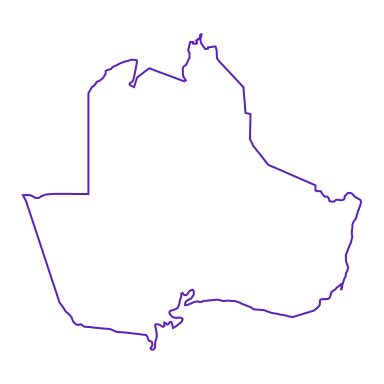 Santa María Xadani, Oaxaca, Mexico
{"feature_id": "50627088B75217483521688", "entity_name": "Santa María Xadani", "entity_type": "district", "adm_level": 2, "iso_a3": "MEX", "parent_name": "Mexico", "parent_adm1": "Oaxaca", "projection": "natural_earth1", "projection_center": [-95.02, 16.369], "detail": "fine", "context": "isolated", "style": "outline", "palette": "violet", "viewbox_px": 384, "rotation_deg": 0, "n_neighbors": 0, "source": "geoboundaries", "source_scale": "gbopen_adm2", "svg_char_len": 5441}
<svg xmlns="http://www.w3.org/2000/svg" viewBox="0 0 384 384"><path d="M62.6,306.7L65.7,311.4L67.2,312.7L68.5,313.8L70.3,315.8L71.5,317.3L73.1,321.5L74.5,322.9L75.9,324.3L78.5,325.0L79.7,324.4L81.1,324.4L84.1,326.6L86.8,326.9L90.3,327.1L94.0,327.6L97.9,328.0L101.2,328.3L104.5,328.6L107.5,328.8L110.4,329.2L110.9,329.4L113.8,330.7L117.2,332.0L120.7,332.2L126.9,332.7L146.2,335.0L147.3,336.7L147.9,338.3L148.4,339.7L149.2,341.0L150.5,341.2L151.8,341.8L152.1,343.2L152.4,344.6L152.0,346.1L151.2,347.2L150.5,348.7L151.8,349.7L153.2,349.7L154.3,348.7L155.0,347.2L155.1,345.5L155.1,343.8L155.2,342.2L155.7,340.5L156.2,339.0L156.6,337.4L156.8,336.9L156.7,333.9L156.2,330.6L155.7,327.8L155.1,326.4L155.4,324.4L157.5,324.2L158.8,324.6L160.2,325.2L162.9,326.9L164.3,326.1L164.2,324.6L164.3,322.6L165.6,323.1L166.6,324.3L167.7,324.7L168.7,323.6L170.1,321.9L171.4,322.2L172.0,323.5L173.1,328.0L174.9,326.9L176.9,325.7L178.8,324.0L181.0,322.4L182.1,321.0L182.5,318.7L180.4,317.6L178.5,317.6L176.5,318.0L174.5,317.6L172.8,317.2L171.5,316.0L169.5,313.5L169.5,312.0L170.4,310.8L171.7,310.5L173.6,309.8L175.8,309.1L177.7,307.9L178.2,306.8L179.0,304.7L179.5,303.0L179.7,301.3L180.5,298.3L181.2,296.6L181.3,294.9L181.3,293.5L182.5,292.9L183.7,294.5L184.8,295.1L186.5,295.1L187.4,294.0L189.2,291.5L191.0,290.1L192.9,289.8L193.8,291.6L193.9,294.4L192.5,296.6L191.1,298.6L188.8,299.5L187.0,300.7L186.0,301.4L185.3,302.9L185.1,305.1L186.9,305.1L188.5,304.5L191.2,303.4L193.8,302.2L197.4,301.3L200.0,302.1L202.2,301.8L203.6,300.8L206.2,300.8L208.5,300.5L213.8,300.0L216.7,299.7L219.6,300.0L222.1,301.0L225.6,300.9L228.7,300.5L230.7,300.9L235.2,301.1L238.9,302.3L242.2,303.9L244.7,304.9L247.7,306.1L250.6,307.1L252.0,308.1L253.6,309.4L254.0,309.3L264.2,310.2L266.9,311.2L267.7,311.5L269.4,312.1L271.3,312.8L274.3,313.4L278.1,313.9L279.8,314.6L282.2,314.8L283.7,315.1L287.0,315.8L288.4,316.4L292.9,317.0L313.8,310.6L315.6,309.3L318.4,306.8L319.4,305.5L319.8,304.5L319.9,302.5L320.0,300.5L320.5,299.5L323.4,299.1L325.6,299.1L328.1,298.9L329.0,298.4L330.1,297.0L330.6,295.3L331.3,292.3L334.1,290.2L335.5,289.3L336.7,287.6L338.7,286.2L340.9,284.2L341.4,285.5L341.5,286.7L341.1,289.2L341.5,289.3L341.7,288.9L342.0,287.4L342.3,285.3L342.9,283.4L343.5,281.4L344.2,278.9L345.7,276.2L345.9,273.4L347.1,271.2L347.8,269.1L348.2,267.5L347.4,265.2L346.5,262.9L346.0,260.9L345.9,258.4L345.9,254.7L347.6,250.7L349.2,246.3L351.0,242.3L351.7,239.2L352.3,236.7L351.8,233.8L351.9,230.7L352.4,227.4L352.4,224.7L353.8,221.2L355.3,219.4L356.4,217.2L356.7,215.1L357.4,213.7L357.8,212.3L358.1,210.6L359.0,209.0L359.3,207.6L360.0,206.3L360.4,204.6L361.0,202.6L360.6,200.1L359.1,199.2L356.5,197.7L354.8,196.7L354.1,196.1L353.6,195.4L352.1,193.7L350.8,193.1L348.9,192.9L348.1,192.9L347.1,193.7L346.0,195.0L344.7,196.2L344.6,197.9L343.9,199.5L342.6,199.9L341.4,200.4L340.0,200.1L338.6,199.8L336.0,199.9L335.3,200.4L334.3,201.5L332.1,201.7L329.5,201.1L329.1,199.4L328.4,197.8L327.4,196.7L326.4,196.7L324.6,196.6L323.6,195.4L322.3,193.8L321.3,192.2L320.8,191.2L319.4,191.3L317.9,191.0L316.6,191.2L315.4,190.3L315.5,188.7L315.5,187.4L315.4,185.4L313.8,184.6L307.8,182.0L291.9,175.1L274.2,167.4L268.3,164.9L265.0,160.7L254.0,146.8L253.7,146.6L253.1,145.5L252.5,144.2L251.8,142.7L250.7,140.6L250.0,139.0L250.5,114.1L245.5,112.9L244.4,98.5L244.1,96.2L243.9,93.3L243.8,91.5L243.5,88.1L243.7,87.4L243.1,86.9L235.6,78.8L231.0,73.9L226.6,69.2L219.5,61.6L216.9,58.1L216.8,54.0L216.7,51.5L216.7,50.9L216.4,49.7L216.0,47.9L215.5,46.4L215.4,46.4L211.6,46.9L211.4,47.0L211.0,47.0L210.2,47.1L208.7,47.3L208.0,47.4L208.0,48.0L208.0,48.5L205.4,49.1L203.4,46.5L201.9,44.4L201.0,42.6L200.7,41.4L200.5,40.0L200.5,38.6L201.3,35.6L201.6,34.3L201.1,34.3L200.8,34.4L200.3,34.7L200.0,35.8L199.8,36.8L199.7,37.7L199.6,38.9L198.0,39.0L198.0,39.3L197.9,39.5L197.7,39.7L197.7,39.8L196.5,40.3L196.3,40.4L196.4,40.5L196.5,40.9L196.7,41.4L196.8,41.9L196.9,42.4L196.9,42.8L196.9,43.3L196.4,43.3L196.3,43.7L194.2,43.6L192.9,43.5L193.2,42.1L191.8,42.0L191.2,41.9L190.4,41.9L190.4,42.0L190.2,42.6L189.7,43.8L189.3,45.6L188.8,47.7L188.4,49.2L188.3,50.4L188.3,50.6L188.3,50.8L188.5,51.1L188.6,51.3L188.8,51.7L189.0,52.1L189.1,52.3L189.3,52.8L189.5,53.5L189.5,54.3L189.5,55.3L189.6,56.0L189.5,56.9L189.5,57.7L189.4,58.2L188.6,59.5L187.7,61.4L187.1,62.9L186.6,63.9L186.2,64.6L185.9,65.0L185.5,65.3L184.9,65.7L184.3,66.0L183.8,66.6L183.1,67.4L182.8,68.3L182.8,68.5L182.8,70.1L182.9,72.1L182.9,75.2L183.5,76.8L184.6,78.7L185.8,80.4L184.1,81.3L175.4,78.0L159.1,72.0L149.4,68.3L147.9,69.3L145.8,70.8L143.9,72.3L142.4,73.5L141.3,74.3L140.2,75.1L139.0,76.0L137.4,77.2L136.7,78.6L136.1,80.7L135.5,82.4L134.8,84.8L134.4,86.0L134.1,87.1L130.5,85.4L129.5,84.4L130.0,83.0L131.8,82.0L132.9,80.9L133.5,79.1L134.3,76.0L134.5,74.6L135.1,71.5L135.6,69.9L135.9,67.7L137.0,61.8L136.7,60.2L135.4,59.9L133.9,59.9L131.7,59.7L129.6,60.3L127.4,61.1L126.3,61.2L125.2,61.5L122.7,62.3L121.3,62.8L119.6,63.6L117.9,64.6L115.4,65.8L114.1,66.3L112.6,67.0L111.8,68.0L110.9,69.0L109.1,69.5L107.7,69.9L105.8,70.8L105.5,74.1L104.2,76.1L102.8,78.1L101.4,79.4L99.4,80.8L96.7,81.9L95.5,83.9L93.9,85.8L91.7,87.4L90.8,89.1L89.3,91.7L88.4,93.4L88.4,194.0L79.2,194.0L74.1,194.0L72.6,193.9L64.1,193.9L53.9,193.9L51.6,194.0L46.1,194.5L43.5,195.3L41.2,196.3L39.5,197.6L37.6,198.0L35.0,197.8L33.0,196.4L31.0,195.5L29.9,195.1L27.7,195.2L26.5,194.9L24.7,195.1L23.0,195.2L26.1,201.2L52.6,281.6L55.9,291.4L59.5,302.5L62.6,306.7Z" fill="none" stroke="#5b21b6" stroke-width="2"/></svg>